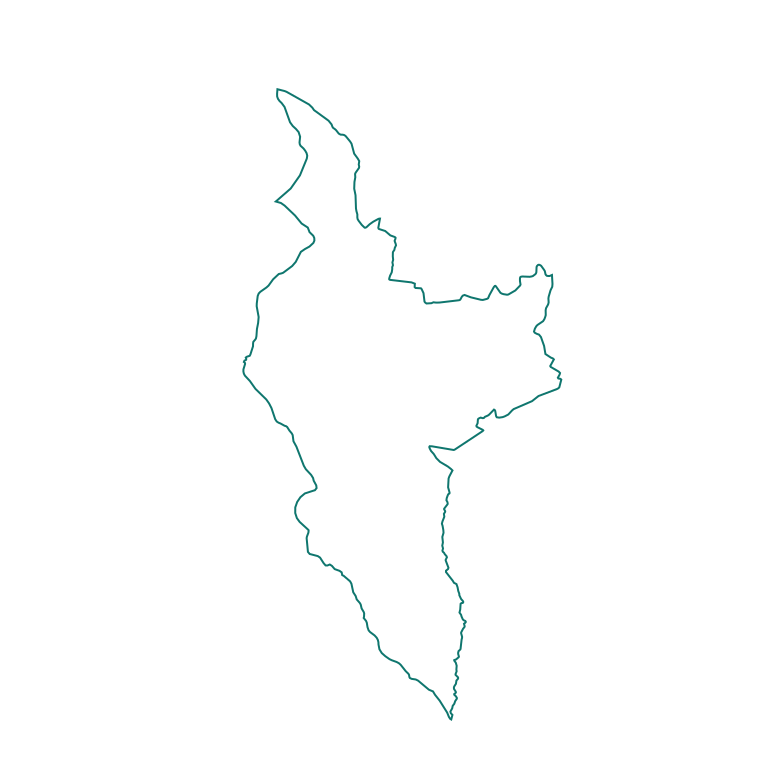 the border of Matabeleland South, rotated 44°
{"feature_id": "ZWE-530", "entity_name": "Matabeleland South", "entity_type": "Province", "adm_level": 1, "iso_a3": "ZWE", "parent_name": "Zimbabwe", "parent_adm1": "", "projection": "orthographic", "projection_center": [29.218, -20.916], "detail": "fine", "context": "isolated", "style": "outline", "palette": "teal", "viewbox_px": 768, "rotation_deg": 44, "n_neighbors": 0, "source": "natural_earth", "source_scale": "10m", "svg_char_len": 6165}
<svg xmlns="http://www.w3.org/2000/svg" viewBox="0 0 768 768"><g transform="rotate(44 384 384)"><path d="M139.2,261.8L134.6,261.0L120.0,253.8L115.2,253.0L112.2,253.0L109.6,252.5L107.4,251.4L105.4,249.4L102.6,246.0L109.0,242.3L111.0,241.5L135.9,235.0L140.5,235.0L143.4,235.6L161.2,233.1L166.0,233.7L168.2,234.8L169.7,235.1L171.1,234.8L173.1,234.7L177.5,235.3L179.5,234.8L181.2,233.3L182.4,232.6L183.3,232.4L184.3,232.3L191.2,233.1L193.7,233.7L202.5,239.0L208.7,240.1L211.4,240.9L213.4,243.7L215.1,244.8L215.9,245.9L216.8,251.7L217.3,253.0L219.8,255.3L222.4,259.2L226.9,264.2L232.4,268.0L241.9,277.2L244.1,278.8L247.0,280.5L249.1,282.7L250.5,283.7L252.3,284.2L257.5,285.0L261.5,285.0L262.2,284.3L262.5,283.0L262.7,279.1L263.5,274.8L265.2,269.3L265.7,268.3L266.2,267.8L271.4,275.6L272.2,276.0L272.7,276.0L278.6,273.1L285.3,272.7L289.6,270.8L290.6,270.7L291.3,271.5L292.1,273.5L292.6,273.9L295.1,275.1L296.3,275.9L297.2,278.6L298.3,280.3L298.7,282.6L299.0,283.2L301.7,286.1L304.3,288.3L305.6,290.7L307.9,292.3L308.7,294.2L310.1,295.6L312.0,298.3L313.1,301.8L314.4,304.4L315.1,305.1L316.0,304.9L333.2,291.8L336.5,290.4L338.7,293.0L340.0,293.0L344.1,289.5L345.2,289.6L349.3,291.2L355.9,296.6L356.9,296.8L358.6,296.6L362.0,292.9L362.8,290.9L364.9,289.3L367.3,286.9L379.8,271.6L380.2,270.8L380.2,270.0L379.4,267.3L379.3,265.7L380.1,264.0L386.3,261.3L395.2,256.1L396.7,254.9L398.9,251.3L399.3,250.0L398.0,246.6L395.7,238.1L395.6,236.5L396.0,236.0L396.7,236.0L404.4,237.5L405.8,237.2L407.5,236.4L410.5,234.3L411.3,233.2L413.5,225.5L413.5,218.6L413.1,217.6L410.4,215.6L408.7,213.9L408.1,213.1L407.8,212.1L408.7,210.7L414.3,205.7L415.4,204.2L416.1,203.0L416.6,199.8L416.4,198.7L415.9,197.7L412.5,193.9L412.1,192.9L412.1,191.4L412.5,190.7L413.2,190.2L414.9,189.8L419.9,190.7L421.3,191.1L424.0,192.9L425.1,193.1L426.1,193.0L427.4,192.0L428.1,191.3L429.1,188.9L435.7,195.0L437.5,197.2L438.7,200.9L441.8,206.8L442.8,208.2L445.8,211.0L446.8,212.8L447.9,216.9L449.0,218.6L452.5,222.1L453.3,223.6L454.3,225.9L454.8,228.3L453.4,234.9L453.4,236.6L454.1,239.4L455.5,242.1L456.8,242.4L459.0,241.8L461.2,240.8L464.3,241.2L472.7,245.4L479.3,250.3L485.7,249.1L487.7,248.3L489.1,248.3L491.1,255.6L492.1,255.9L501.1,253.7L503.0,253.8L503.8,255.3L504.7,258.7L505.6,258.9L507.4,257.7L508.5,257.7L512.4,264.6L512.4,265.9L512.0,267.3L503.5,285.3L502.4,293.5L494.7,312.0L494.5,314.0L494.6,319.6L493.3,323.5L492.3,325.5L490.2,328.2L488.2,329.6L486.9,329.2L482.7,326.1L481.8,325.8L480.9,326.0L480.9,333.1L480.6,334.6L479.4,337.5L479.4,339.2L478.6,340.1L476.9,341.0L476.3,342.4L476.0,343.6L476.2,344.3L478.6,347.2L479.5,349.9L480.2,350.3L481.4,350.1L486.8,348.4L487.6,348.4L487.7,349.3L480.4,382.3L479.9,383.1L461.8,395.5L460.1,397.0L460.2,397.6L460.5,398.0L461.9,398.7L464.4,399.5L468.5,399.8L473.2,401.0L478.4,401.1L487.3,399.0L491.2,398.6L493.3,398.6L495.2,405.1L496.1,407.1L501.9,413.8L506.5,416.5L507.0,417.0L507.1,417.4L506.9,417.6L506.8,418.4L507.1,419.6L508.4,422.5L509.7,424.3L511.5,424.8L512.7,425.6L513.2,426.2L513.9,431.9L514.2,432.3L516.4,433.0L516.8,433.5L517.3,435.8L519.6,437.6L521.5,442.2L522.7,444.3L524.6,445.3L528.2,447.9L530.2,449.7L532.2,453.5L536.5,457.1L538.2,459.8L540.7,461.3L541.8,463.3L542.8,463.8L544.3,463.7L546.0,464.2L548.5,464.4L549.6,464.9L550.5,467.6L551.0,468.1L558.0,471.4L558.6,472.6L558.3,475.2L559.2,476.2L570.3,477.8L572.4,478.4L575.1,477.6L578.1,479.1L581.2,481.3L583.9,482.6L584.9,483.6L588.8,485.1L591.4,485.3L592.4,485.7L592.7,486.2L592.7,486.8L591.9,487.8L591.8,488.9L595.5,493.3L597.1,496.0L599.8,496.5L601.3,497.4L604.3,498.6L605.7,498.5L607.0,498.0L607.8,498.1L608.2,498.5L608.3,499.3L608.1,500.9L610.3,502.2L610.7,502.9L610.9,505.2L612.1,509.1L612.6,509.7L615.8,511.6L616.5,512.4L617.4,514.0L623.1,521.4L623.3,522.0L623.2,524.4L624.1,525.9L624.9,526.7L627.2,528.0L627.5,528.6L627.2,532.0L626.3,533.8L626.7,534.2L629.2,534.6L632.0,536.2L634.4,539.1L635.8,540.2L637.0,543.0L637.5,543.5L641.0,543.6L641.6,544.0L642.0,544.7L642.1,547.0L644.0,549.7L644.5,552.3L644.9,553.5L646.1,554.7L649.4,555.5L650.0,556.0L650.1,556.8L649.9,558.3L650.4,558.7L652.7,558.7L654.5,559.2L655.0,559.8L655.5,562.7L656.7,565.2L657.0,567.8L658.4,570.0L659.3,573.5L660.8,574.4L663.1,574.5L665.4,578.6L664.2,578.9L662.0,578.4L657.7,576.5L644.0,573.1L636.5,572.1L632.8,571.1L628.7,572.7L614.6,573.7L612.1,574.5L608.7,576.9L606.8,577.5L605.9,577.2L604.0,575.8L602.9,575.5L599.2,575.5L591.1,574.4L588.7,574.5L586.2,575.2L581.5,577.3L579.1,578.1L574.0,578.9L569.3,579.1L565.0,578.0L561.0,575.2L559.3,573.6L557.4,572.4L555.0,571.6L551.9,571.4L546.3,572.1L544.1,571.9L541.1,570.4L537.5,567.7L535.7,566.9L531.9,566.4L531.4,565.4L529.1,562.8L527.8,562.1L523.8,561.0L520.4,558.8L518.6,558.3L514.0,557.9L510.9,556.2L506.6,555.2L499.3,550.3L496.7,549.5L488.2,550.0L486.7,550.5L484.4,548.9L481.8,549.3L477.1,551.4L472.9,551.0L470.4,551.5L469.4,553.8L468.0,555.1L464.9,554.8L458.6,553.3L455.9,553.8L448.6,557.9L445.9,557.6L435.4,548.6L434.6,547.4L432.9,543.5L431.7,541.9L431.1,541.5L419.1,541.8L414.5,541.0L409.8,538.5L405.9,534.4L403.5,529.2L402.5,523.5L403.1,517.7L408.1,508.3L407.8,505.7L405.7,504.0L400.6,502.4L398.3,500.9L394.7,500.0L387.0,499.6L383.1,498.5L364.5,489.9L358.7,488.1L353.8,484.2L352.0,483.6L348.3,483.2L344.2,482.2L342.8,482.4L341.5,483.1L337.0,484.3L335.0,485.1L332.9,485.5L330.2,484.9L319.8,479.5L314.8,477.8L310.1,476.9L294.9,476.8L285.4,475.0L278.1,474.6L276.0,473.9L274.2,472.7L272.7,471.1L270.1,466.0L269.2,465.4L267.9,465.5L267.4,464.1L268.0,462.4L267.5,461.6L266.2,461.0L266.4,459.7L267.8,457.0L267.4,455.6L263.6,447.9L261.5,445.6L260.7,444.4L260.5,441.2L260.2,440.1L259.0,438.2L254.4,432.7L251.1,427.6L247.3,422.9L238.4,416.5L236.5,414.4L232.0,408.4L231.0,405.9L231.0,403.5L232.4,396.2L232.6,393.4L231.5,385.7L231.9,378.0L233.5,375.5L234.2,374.0L236.0,362.9L235.7,357.5L232.4,346.7L233.4,341.8L234.9,336.9L235.2,331.6L234.3,329.2L232.4,327.4L230.1,326.5L225.0,326.5L220.5,324.4L213.3,325.8L203.0,324.6L188.6,324.7L184.1,325.4L179.4,327.9L181.1,308.2L178.6,292.3L171.9,275.5L170.2,273.1L167.9,271.7L165.2,270.9L162.5,270.5L158.4,270.6L156.8,270.0L155.4,268.9L151.9,264.4L147.6,262.1L143.5,261.7L139.2,261.8Z" fill="none" stroke="#0f766e" stroke-width="2"/></g></svg>